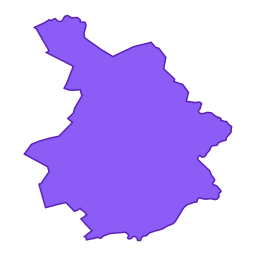 the district of Giulvaz, Timis, Romania
{"feature_id": "2599482B83282786366708", "entity_name": "Giulvaz", "entity_type": "district", "adm_level": 2, "iso_a3": "ROU", "parent_name": "Romania", "parent_adm1": "Timis", "projection": "natural_earth1", "projection_center": [20.989, 45.536], "detail": "fine", "context": "isolated", "style": "filled", "palette": "violet", "viewbox_px": 256, "rotation_deg": 0, "n_neighbors": 0, "source": "geoboundaries", "source_scale": "gbopen_adm2", "svg_char_len": 5865}
<svg xmlns="http://www.w3.org/2000/svg" viewBox="0 0 256 256"><path d="M187.6,204.6L189.1,204.0L190.1,203.7L190.8,203.5L191.3,203.4L192.4,202.9L193.1,202.5L193.4,202.4L194.0,202.3L195.6,202.3L196.5,202.0L196.9,201.7L197.2,201.3L197.3,199.8L197.6,199.0L197.9,198.7L198.4,198.4L198.7,198.2L199.2,198.1L199.7,198.0L201.1,198.3L201.7,198.5L203.0,198.8L204.0,198.9L204.8,199.1L206.2,199.1L207.0,199.1L208.1,198.9L210.9,198.7L212.0,198.9L213.0,199.1L214.3,199.5L215.3,199.5L216.1,199.4L216.9,199.1L217.3,198.8L218.0,198.0L218.8,197.0L219.0,196.6L219.1,196.2L219.1,195.8L219.0,195.3L218.7,194.8L218.5,194.2L218.8,193.5L219.2,193.1L220.1,192.6L220.4,192.3L220.7,191.9L220.8,191.6L220.8,190.9L220.8,190.6L220.6,190.2L219.7,189.2L218.9,188.5L218.4,187.9L218.2,187.3L217.6,186.6L216.9,186.1L216.2,185.7L214.8,185.1L214.2,185.0L213.9,184.9L212.9,184.2L212.8,183.9L212.7,183.5L212.7,183.1L212.8,182.7L213.4,182.0L214.1,181.4L214.5,180.8L214.6,180.5L214.7,180.3L214.7,180.0L214.6,179.6L214.3,179.0L212.8,177.0L212.3,176.4L211.7,175.5L211.4,174.8L210.6,173.2L210.3,172.5L210.1,171.9L210.0,171.5L209.8,171.1L209.6,170.7L209.2,170.3L208.0,169.2L205.2,166.5L203.5,165.0L202.5,164.0L202.1,163.7L198.7,160.3L198.1,159.6L198.0,159.3L197.8,158.7L197.7,158.4L197.8,158.1L198.0,157.5L198.5,156.8L198.8,156.2L199.2,155.7L199.7,155.4L199.9,155.4L200.0,155.5L200.4,155.9L200.6,156.2L200.9,156.4L201.4,156.8L201.6,157.0L202.2,157.2L202.9,157.1L204.2,156.8L205.1,156.2L205.8,155.2L206.3,154.2L207.2,153.0L209.6,150.2L210.1,149.2L210.2,148.7L210.6,147.7L211.2,146.8L211.7,146.3L212.1,146.0L213.2,145.6L213.7,145.5L215.3,145.6L215.8,145.5L216.3,145.4L217.0,145.1L217.5,144.8L217.7,144.3L217.7,144.1L217.8,143.8L218.1,143.3L218.4,142.9L218.7,142.7L219.3,142.3L220.8,141.8L221.9,141.2L222.6,140.9L223.7,140.7L224.5,140.6L224.9,140.5L225.3,140.4L225.7,140.2L225.9,140.0L226.2,139.6L226.2,139.4L226.3,138.6L226.3,138.1L226.4,137.8L227.0,137.0L227.4,136.5L229.1,134.5L229.4,134.3L230.3,133.3L230.7,132.6L231.1,131.8L231.2,131.0L231.2,129.3L231.3,128.6L231.3,128.0L231.6,126.9L231.7,126.7L230.7,125.9L229.1,124.9L227.4,122.7L227.2,122.5L226.4,121.5L226.3,121.4L225.8,121.4L225.1,121.5L224.4,121.3L223.7,121.3L223.4,121.1L223.2,120.9L221.7,120.6L221.1,120.4L220.9,120.2L221.2,119.6L221.2,119.2L221.0,118.8L220.5,118.2L219.0,117.4L218.3,117.2L217.8,117.2L217.5,117.8L217.4,117.7L217.3,117.4L217.3,117.2L217.1,117.0L216.1,116.4L215.3,116.0L214.4,115.3L214.1,115.0L213.2,114.6L212.9,114.2L212.1,113.3L211.7,113.0L211.4,112.9L210.6,112.8L208.2,112.4L207.6,112.4L206.1,112.6L205.7,112.8L204.6,113.3L201.6,113.7L201.1,113.7L199.5,112.9L199.3,112.8L198.7,111.9L198.5,111.5L198.5,111.1L198.9,110.4L199.2,109.6L199.6,109.2L200.1,108.6L200.3,108.1L201.0,105.0L201.6,104.3L201.6,103.8L201.5,103.5L201.3,103.3L200.3,102.5L199.7,102.2L199.1,102.1L196.5,102.4L194.2,102.6L193.5,102.6L193.0,102.5L193.1,102.2L192.4,102.2L191.7,102.0L189.4,101.7L189.1,101.7L187.8,101.5L186.7,101.4L186.3,101.3L187.0,98.5L188.2,93.3L188.5,92.5L182.6,84.3L178.9,83.3L174.2,81.5L173.7,81.2L173.8,80.9L174.3,80.2L174.6,79.2L174.3,78.8L167.7,72.6L165.3,70.4L163.8,68.9L164.3,65.5L165.8,57.4L162.0,52.5L160.0,49.8L159.0,48.4L155.5,47.3L152.2,43.5L151.2,42.3L150.9,42.4L140.6,45.0L134.5,46.4L132.0,47.4L131.0,47.9L129.1,48.9L127.4,49.7L127.2,49.7L117.7,54.2L112.9,56.6L102.7,50.5L100.8,49.3L91.9,43.0L88.9,40.9L87.2,39.6L84.8,37.9L84.5,37.8L84.2,35.0L84.1,32.9L86.1,25.5L85.1,22.3L80.1,21.9L80.3,19.8L77.4,17.5L72.7,17.7L71.8,17.9L67.5,15.4L64.5,16.5L63.7,18.2L62.2,20.5L61.7,21.0L61.0,21.5L59.3,21.4L58.3,21.2L57.5,20.8L56.1,19.4L55.6,18.9L55.4,18.6L54.3,18.8L53.4,19.3L51.2,20.5L50.8,20.5L49.3,19.6L47.4,20.8L46.9,21.1L45.0,22.5L34.4,27.4L36.1,28.7L36.4,29.0L49.1,50.9L46.3,52.5L73.3,66.3L67.4,81.6L66.5,83.7L64.1,88.2L68.9,90.0L73.0,90.2L75.1,90.2L80.2,89.6L81.7,95.4L82.1,95.5L79.7,99.6L74.7,108.0L73.5,112.7L73.4,113.0L67.8,118.6L72.5,122.4L67.5,127.5L60.8,134.3L58.9,136.2L49.1,138.3L42.2,140.3L38.6,141.4L31.9,144.1L31.3,144.8L31.2,144.7L24.3,154.1L46.7,166.2L47.2,166.5L47.5,166.8L47.8,167.1L49.0,171.8L47.1,174.6L40.8,184.0L39.5,183.8L39.2,184.0L39.0,184.5L39.5,186.3L40.3,189.0L43.2,199.3L45.6,207.6L57.8,204.4L66.0,202.5L68.5,205.2L74.4,211.3L77.1,210.4L80.1,208.3L80.6,209.2L81.0,209.6L81.3,209.8L82.6,210.4L82.8,210.6L82.9,210.8L83.5,211.3L83.8,211.8L84.8,212.2L86.8,214.6L85.5,215.3L85.9,215.8L80.9,218.9L85.0,223.4L85.1,223.7L91.9,230.7L88.7,233.1L84.4,236.6L84.5,236.7L83.8,237.2L85.6,236.4L86.4,237.6L86.4,238.0L86.2,238.6L86.3,238.9L86.3,239.1L86.3,239.7L86.5,239.9L86.9,239.8L90.0,239.1L93.0,238.6L93.9,238.4L96.5,237.6L97.0,237.5L97.7,237.5L98.7,237.8L98.9,237.9L99.7,238.1L100.6,238.2L101.1,238.0L101.6,237.7L102.2,237.1L102.5,236.7L103.1,236.3L103.6,235.9L104.6,235.5L107.0,234.7L107.6,234.5L108.3,233.9L108.6,233.8L109.2,233.6L110.1,233.5L111.3,233.5L115.3,233.0L121.1,232.6L122.1,232.5L123.4,232.3L124.0,232.2L124.6,232.3L125.5,232.5L126.0,232.8L127.0,233.3L127.7,234.0L128.2,234.7L128.6,235.5L128.6,235.9L128.2,236.6L127.9,237.0L127.7,237.3L127.6,237.7L127.7,237.9L127.8,238.2L128.1,238.5L128.5,238.8L128.9,238.9L130.3,238.7L131.3,238.5L132.4,237.3L132.8,237.0L133.4,236.6L133.8,236.5L134.2,236.4L134.8,236.5L135.3,236.7L135.6,236.8L136.8,237.8L137.1,238.2L137.2,238.4L137.3,239.7L137.4,240.0L137.7,240.3L138.1,240.4L139.1,240.6L139.8,240.6L140.4,240.5L140.6,240.4L140.9,239.7L141.3,238.2L141.4,237.8L142.9,236.4L143.2,236.2L143.5,236.1L146.0,235.7L146.9,235.3L147.7,234.6L147.9,234.2L148.2,233.8L149.1,233.2L150.0,232.7L150.9,232.3L152.7,231.8L154.9,231.0L159.1,229.9L160.8,229.4L162.5,228.9L163.1,228.6L164.0,228.0L165.9,226.9L166.7,226.3L167.4,226.0L171.6,224.3L172.9,223.8L173.9,222.9L175.2,221.5L177.1,218.5L177.8,217.5L178.2,216.7L178.9,215.5L180.6,213.0L181.3,211.7L181.7,210.9L182.6,209.4L183.9,207.6L184.6,206.8L185.4,206.1L185.8,205.8L187.6,204.6Z" fill="#8b5cf6" stroke="#5b21b6" stroke-width="1.5"/></svg>